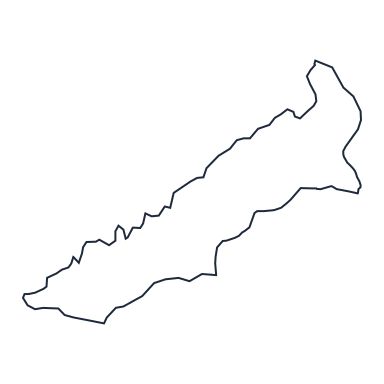 outline of Beawor, Sinoe, Liberia
{"feature_id": "62588387B88645489379872", "entity_name": "Beawor", "entity_type": "district", "adm_level": 2, "iso_a3": "LBR", "parent_name": "Liberia", "parent_adm1": "Sinoe", "projection": "robinson", "projection_center": [-9.28, 5.601], "detail": "fine", "context": "isolated", "style": "outline", "palette": "slate", "viewbox_px": 384, "rotation_deg": 0, "n_neighbors": 0, "source": "geoboundaries", "source_scale": "gbopen_adm2", "svg_char_len": 2063}
<svg xmlns="http://www.w3.org/2000/svg" viewBox="0 0 384 384"><path d="M315.3,60.6L314.4,64.0L315.0,65.0L310.6,70.0L308.5,73.5L306.9,76.2L310.0,84.0L315.5,94.4L316.3,101.2L313.7,105.8L307.5,111.3L300.0,118.4L294.9,116.5L293.4,111.9L287.4,109.3L280.6,114.5L274.9,117.8L269.4,124.9L258.0,128.8L253.6,134.0L250.0,138.3L243.7,138.3L236.8,140.2L231.8,146.4L230.0,148.7L218.5,155.8L206.5,168.2L203.4,177.3L197.1,177.9L190.5,181.5L173.7,192.9L170.2,207.8L164.8,206.5L161.7,211.2L158.8,215.6L151.7,216.3L145.4,213.4L143.1,223.5L140.2,228.0L134.3,227.7L132.8,227.7L127.7,237.4L125.7,238.7L123.4,229.6L118.5,225.7L115.4,231.3L115.4,235.4L115.4,240.7L109.1,245.2L99.3,239.7L95.9,241.7L86.5,242.0L83.1,247.2L82.2,252.3L81.9,253.7L78.8,262.8L73.8,257.4L73.3,257.0L71.3,263.5L68.5,267.4L63.1,269.3L62.5,269.3L56.8,273.2L56.6,273.4L47.1,277.8L46.5,286.6L43.6,288.8L35.1,292.7L28.8,294.0L24.5,294.1L23.0,297.9L27.6,305.3L35.0,309.2L43.0,307.9L58.4,308.5L59.7,309.9L64.6,315.0L66.0,315.4L73.8,317.5L89.4,320.5L104.0,323.4L106.8,317.5L115.9,307.8L123.4,306.5L134.5,300.3L142.2,296.1L154.1,283.1L165.5,279.3L178.6,277.9L183.9,279.5L189.5,281.2L202.0,274.0L216.1,275.1L216.1,274.2L215.2,263.5L215.6,256.7L217.1,247.4L222.7,241.0L226.2,240.7L227.5,240.3L235.0,237.8L239.0,235.8L242.1,232.5L244.7,231.0L249.4,227.4L254.5,213.1L255.8,212.1L256.6,211.6L257.2,211.1L264.0,211.1L271.7,210.4L274.2,210.1L278.6,208.6L280.1,208.1L281.2,207.7L287.1,202.9L289.3,200.9L290.3,200.0L300.7,188.1L312.6,188.4L316.3,188.4L316.8,188.9L320.5,189.2L330.7,186.3L331.7,186.2L333.8,187.4L336.6,189.1L346.7,191.0L348.7,191.4L353.8,192.5L356.8,193.2L357.7,193.4L358.0,192.7L358.1,191.9L358.2,191.1L358.4,189.3L360.5,187.2L360.6,185.2L360.4,184.5L359.4,181.4L357.3,177.5L357.1,177.2L356.2,174.1L356.1,173.9L355.0,171.1L353.1,168.5L350.6,165.8L347.1,162.4L345.9,160.2L344.2,157.3L343.4,155.0L343.2,151.7L343.4,150.8L345.5,146.8L347.6,143.8L357.9,129.4L358.0,129.2L361.0,120.0L360.8,116.5L360.6,111.3L353.4,96.4L343.3,87.5L342.9,86.7L332.2,67.4L315.3,60.6Z" fill="none" stroke="#1e293b" stroke-width="2"/></svg>